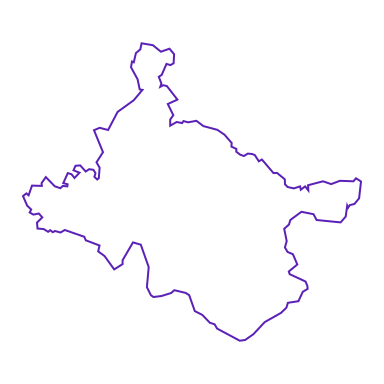 Shtip, Štip, North Macedonia
{"feature_id": "65306769B54195317631303", "entity_name": "Shtip", "entity_type": "district", "adm_level": 2, "iso_a3": "MKD", "parent_name": "North Macedonia", "parent_adm1": "Štip", "projection": "robinson", "projection_center": [22.163, 41.717], "detail": "fine", "context": "isolated", "style": "outline", "palette": "violet", "viewbox_px": 384, "rotation_deg": 0, "n_neighbors": 0, "source": "geoboundaries", "source_scale": "gbopen_adm2", "svg_char_len": 2093}
<svg xmlns="http://www.w3.org/2000/svg" viewBox="0 0 384 384"><path d="M37.5,228.5L43.8,229.1L48.1,231.8L50.2,230.2L52.8,232.2L55.0,231.0L60.5,232.5L64.8,230.0L84.3,236.8L85.8,240.3L99.5,245.5L98.2,251.4L104.5,256.0L114.2,269.4L122.6,264.1L122.6,260.2L133.0,242.4L140.8,244.7L148.7,267.1L146.9,287.2L150.9,295.2L153.4,297.0L161.5,296.0L171.2,293.0L174.3,290.2L185.6,292.9L189.2,295.2L194.8,311.1L202.3,314.9L209.8,322.7L214.6,324.3L217.1,328.6L239.7,340.7L245.1,340.0L253.4,334.2L264.7,322.1L281.0,312.9L286.4,307.7L287.9,302.8L298.4,301.2L302.8,291.8L307.6,288.9L307.4,286.0L305.5,281.5L289.7,274.2L288.8,271.5L297.3,264.5L292.9,254.2L287.6,252.0L284.9,247.5L286.7,241.2L284.2,228.8L289.0,224.5L290.3,220.0L301.4,211.8L313.5,214.2L316.6,220.0L340.6,222.4L345.7,216.6L347.2,205.6L348.1,207.7L349.8,205.1L354.4,204.0L359.1,198.3L361.0,181.5L356.0,178.3L353.4,181.3L339.9,180.8L331.2,184.1L323.0,181.3L308.1,185.2L308.3,190.4L305.1,186.4L300.8,189.7L300.1,186.4L293.8,188.4L287.6,187.0L285.0,184.3L284.8,179.3L277.0,172.9L273.5,173.1L261.9,159.5L258.8,161.3L254.9,155.2L252.2,154.0L247.8,153.6L243.9,156.0L240.2,154.7L236.3,151.7L236.3,148.9L231.4,146.6L231.7,143.0L224.5,134.7L217.3,129.8L203.4,126.1L196.4,120.8L188.2,122.3L183.5,121.1L182.1,123.1L176.7,122.0L170.2,125.7L170.2,119.6L173.3,115.2L167.8,104.0L177.4,99.6L166.9,86.1L163.3,85.2L160.3,86.8L161.4,83.5L158.8,76.8L161.7,74.9L166.5,63.9L170.4,65.1L173.6,63.3L174.1,54.2L169.5,48.7L160.9,51.7L152.9,45.2L141.6,43.3L140.3,49.4L135.9,53.1L133.8,62.3L132.0,61.5L131.0,67.2L137.6,79.3L139.7,89.4L142.4,89.9L133.8,100.2L117.6,111.9L108.1,130.0L99.7,127.8L94.0,130.2L103.0,152.2L96.5,162.3L99.6,167.7L98.8,178.2L97.2,179.5L94.4,176.8L95.5,173.2L93.4,169.8L89.2,169.2L85.7,171.5L80.2,165.4L75.5,165.8L73.5,170.3L79.5,172.7L74.5,178.0L71.5,174.2L67.8,173.1L63.3,183.1L67.6,184.3L67.3,186.4L62.9,185.9L60.3,188.2L54.8,186.3L45.8,177.1L41.6,183.1L41.8,185.9L32.0,185.6L28.6,195.3L26.4,193.4L23.0,196.1L27.2,205.7L31.2,209.5L29.7,212.5L33.4,214.6L38.8,213.5L42.3,217.4L37.0,222.6L37.5,228.5Z" fill="none" stroke="#5b21b6" stroke-width="2"/></svg>